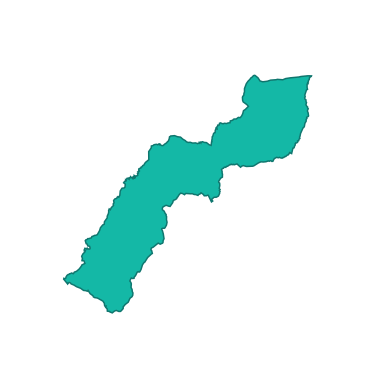 outline of Starchiojd, Prahova, Romania, rotated 73°
{"feature_id": "2599482B13642425667529", "entity_name": "Starchiojd", "entity_type": "district", "adm_level": 2, "iso_a3": "ROU", "parent_name": "Romania", "parent_adm1": "Prahova", "projection": "robinson", "projection_center": [26.147, 45.385], "detail": "fine", "context": "isolated", "style": "filled", "palette": "teal", "viewbox_px": 384, "rotation_deg": 73, "n_neighbors": 0, "source": "geoboundaries", "source_scale": "gbopen_adm2", "svg_char_len": 6082}
<svg xmlns="http://www.w3.org/2000/svg" viewBox="0 0 384 384"><g transform="rotate(73 192 192)"><path d="M237.1,339.7L237.8,340.2L242.7,338.2L242.6,337.9L243.6,337.8L242.6,336.2L242.6,335.8L243.5,334.8L244.5,334.5L246.5,332.1L248.8,330.1L251.5,326.7L254.4,324.5L255.3,322.4L256.3,321.1L255.7,320.2L259.5,319.1L262.3,317.0L263.4,317.0L264.5,316.0L265.7,313.5L270.3,309.1L272.8,308.4L275.2,308.8L275.9,308.5L276.0,307.6L277.0,308.3L279.0,307.3L281.2,307.8L282.2,305.7L282.7,305.6L284.3,303.6L283.2,300.9L283.1,299.1L284.9,296.8L285.3,295.2L284.4,293.5L283.7,292.7L283.5,292.0L281.6,291.3L280.7,289.6L280.2,289.2L278.7,285.2L275.5,282.4L274.6,280.0L273.5,278.9L271.3,278.0L269.7,278.2L267.6,277.8L265.4,278.2L262.2,276.9L260.6,276.9L258.9,277.5L257.0,275.8L256.5,275.2L257.3,274.2L257.6,272.7L256.7,272.4L255.5,270.5L252.6,267.8L252.4,266.8L253.1,266.1L253.0,265.2L251.2,263.4L247.1,260.6L245.3,258.3L245.3,257.7L241.7,253.6L239.4,248.9L239.2,247.9L236.3,247.7L235.2,248.2L233.7,247.2L233.4,245.2L231.0,239.3L232.6,237.7L232.3,235.1L231.8,234.5L230.0,233.8L228.5,232.4L223.6,231.7L220.3,231.6L218.8,231.9L218.2,231.6L218.1,230.5L218.6,229.1L218.4,228.4L216.2,226.1L213.6,224.7L211.0,224.5L208.1,223.5L207.0,223.7L205.9,223.3L204.7,223.9L202.2,224.2L200.3,225.5L198.8,225.1L197.8,224.1L197.2,221.5L197.3,220.3L198.7,218.5L199.4,217.2L196.5,213.5L195.1,212.8L194.9,212.0L194.4,211.6L194.4,210.0L193.8,208.5L192.8,207.8L192.7,207.3L190.9,205.2L189.8,203.3L190.6,201.6L192.4,199.9L191.6,198.7L191.7,198.0L193.4,193.6L193.7,192.2L195.0,190.7L195.5,189.3L197.0,187.3L196.3,186.3L196.2,184.8L195.4,183.6L197.6,181.9L199.2,181.4L199.8,179.2L199.6,178.0L199.9,177.4L207.2,176.3L206.7,174.8L205.0,175.4L204.7,175.2L203.5,172.4L204.1,170.2L203.6,167.9L201.3,165.9L200.4,165.7L199.6,165.0L198.6,165.4L197.8,164.4L196.9,164.9L196.4,164.9L194.1,163.6L192.3,163.1L191.5,163.0L190.7,163.6L189.6,163.4L187.2,160.6L186.7,158.6L183.8,157.6L182.9,157.7L181.2,157.2L179.1,157.2L178.4,155.7L178.5,155.0L177.8,154.0L177.8,153.3L178.3,152.5L177.6,151.5L177.8,150.5L176.8,147.4L177.3,146.9L177.0,146.0L177.7,145.3L177.7,144.1L178.3,143.8L178.3,140.8L182.5,138.3L181.9,137.1L181.7,135.3L183.5,132.5L185.1,126.3L185.0,125.0L183.6,119.9L183.3,117.3L184.2,114.9L184.7,112.3L184.6,110.0L185.2,109.1L185.0,108.0L185.1,107.5L186.1,106.7L186.3,105.7L184.5,104.0L184.0,102.9L183.6,100.8L184.5,99.6L184.4,98.2L185.1,97.6L186.0,95.9L185.6,95.1L185.9,94.3L185.2,92.8L185.5,92.1L184.5,89.9L184.6,88.9L182.8,87.0L183.0,86.6L183.5,86.5L184.4,85.5L179.6,82.7L179.7,81.8L179.1,81.1L178.3,80.7L177.4,79.7L175.9,79.1L175.4,78.4L175.7,77.6L175.0,76.2L174.0,76.1L174.1,75.0L172.7,74.1L172.4,73.2L170.9,73.1L170.4,72.5L167.8,71.1L163.2,67.1L162.9,66.2L162.2,65.4L159.4,64.0L157.6,62.1L155.9,61.6L155.3,60.6L154.1,60.5L153.7,58.7L153.3,58.3L150.1,57.8L148.8,58.0L147.5,57.6L146.4,56.5L145.3,56.9L144.5,56.6L143.8,57.1L141.8,57.5L139.8,56.3L139.1,56.6L137.1,56.1L136.2,56.8L135.4,56.8L134.7,56.7L134.1,55.9L132.3,55.8L127.9,52.7L127.6,51.5L125.8,51.4L122.5,50.4L122.4,49.3L121.1,49.3L120.9,48.6L119.8,48.3L118.5,46.9L116.9,46.1L116.3,44.1L115.9,43.8L114.8,47.0L113.4,54.0L113.3,56.1L111.6,64.4L110.9,69.2L111.2,72.4L109.2,77.5L109.2,78.8L108.0,84.1L108.1,87.5L107.3,92.1L105.7,94.5L102.1,95.5L99.0,97.6L98.7,98.1L98.7,99.2L99.8,101.1L100.2,102.5L101.2,103.7L102.4,106.0L104.3,108.4L108.5,111.6L111.8,112.6L112.7,113.4L114.6,114.2L115.4,115.5L116.2,116.1L119.2,116.8L120.8,116.7L124.6,113.9L126.6,113.0L128.7,117.0L129.3,119.0L131.8,120.5L133.6,122.1L135.0,124.1L134.2,125.9L135.1,128.3L134.5,130.6L134.7,131.3L135.3,132.1L135.2,134.6L136.9,135.4L136.5,137.6L136.7,138.7L135.7,141.1L135.9,142.1L135.2,143.5L134.3,144.3L134.3,145.6L135.8,146.3L135.6,147.9L136.6,148.3L137.5,150.0L138.3,149.5L139.1,149.6L138.5,150.7L140.0,151.8L141.9,152.5L142.1,152.8L141.9,153.3L142.4,154.3L144.7,155.8L145.1,156.5L147.6,157.4L148.1,157.9L149.7,158.2L149.7,158.6L153.0,160.1L151.9,161.7L149.0,163.7L148.1,165.9L147.0,167.2L146.9,167.9L147.4,168.7L147.0,169.1L147.5,169.3L146.8,169.6L147.0,170.2L146.7,170.5L147.6,170.8L147.2,171.8L147.4,172.5L146.1,174.2L145.4,177.1L143.9,179.2L143.5,181.2L142.3,182.7L141.0,183.3L138.7,185.4L136.2,186.9L134.9,189.7L133.0,192.2L132.2,196.1L132.6,196.7L132.6,197.3L134.7,198.4L136.4,199.8L136.8,200.9L137.6,202.0L138.2,204.1L139.1,206.0L138.9,207.1L138.2,208.0L137.6,208.3L137.3,209.4L136.9,209.6L136.5,209.0L136.3,209.4L136.8,211.0L136.1,211.8L135.8,213.1L135.7,214.6L136.2,215.6L136.1,217.4L137.9,218.1L140.7,221.6L148.5,223.9L150.0,227.6L150.8,228.8L152.2,230.2L152.3,231.3L153.2,232.4L153.4,233.6L154.1,233.9L154.2,235.9L155.5,236.6L156.4,236.2L156.8,237.6L157.2,237.2L157.7,238.0L158.3,237.9L158.3,238.7L160.1,238.9L160.5,239.9L160.2,241.0L160.6,241.4L159.7,242.1L161.6,242.1L162.1,242.8L161.8,243.4L160.8,243.9L160.9,242.5L159.8,243.0L160.3,244.0L161.9,244.7L159.4,246.3L160.2,246.7L160.6,247.6L160.1,247.8L160.1,248.8L161.1,248.7L159.9,250.0L160.7,251.1L160.6,251.7L161.7,251.5L162.1,251.8L161.8,252.5L162.3,252.7L162.4,253.7L163.2,254.7L165.0,253.5L167.8,254.7L168.3,255.8L167.9,257.8L170.0,260.3L174.1,262.0L176.1,264.0L175.1,263.7L174.7,264.1L175.1,265.1L176.1,265.9L176.0,267.6L176.9,269.1L177.3,269.5L179.5,269.7L180.4,270.9L181.9,271.0L183.3,273.7L185.1,275.3L184.0,276.1L185.4,277.2L186.8,277.5L188.8,278.7L189.6,279.6L190.7,280.3L191.9,280.6L194.8,284.4L197.2,285.4L197.4,287.0L199.4,290.0L201.8,291.6L205.1,295.0L205.3,296.5L205.0,297.9L205.3,299.2L205.3,300.7L206.4,301.7L206.4,304.5L206.1,305.3L206.7,306.1L206.7,307.4L207.3,308.3L210.5,308.3L211.3,307.4L213.0,307.5L214.0,305.8L215.9,305.8L216.6,306.4L216.6,306.7L216.2,307.8L215.1,308.6L215.8,309.0L215.8,309.3L214.5,310.8L215.7,311.9L216.3,311.7L216.6,312.1L217.0,311.2L218.1,312.1L219.3,314.4L221.2,316.3L223.5,316.2L225.4,317.3L225.7,317.2L225.6,316.3L226.4,315.4L229.0,315.3L229.6,318.7L230.4,319.3L232.6,322.3L234.1,325.7L234.2,327.9L235.3,329.2L235.4,329.5L234.3,330.7L234.5,332.4L234.4,333.0L234.8,333.7L234.7,334.6L235.2,335.9L236.2,337.1L237.7,338.1L237.6,339.3L237.1,339.7Z" fill="#14b8a6" stroke="#0f766e" stroke-width="1.5"/></g></svg>